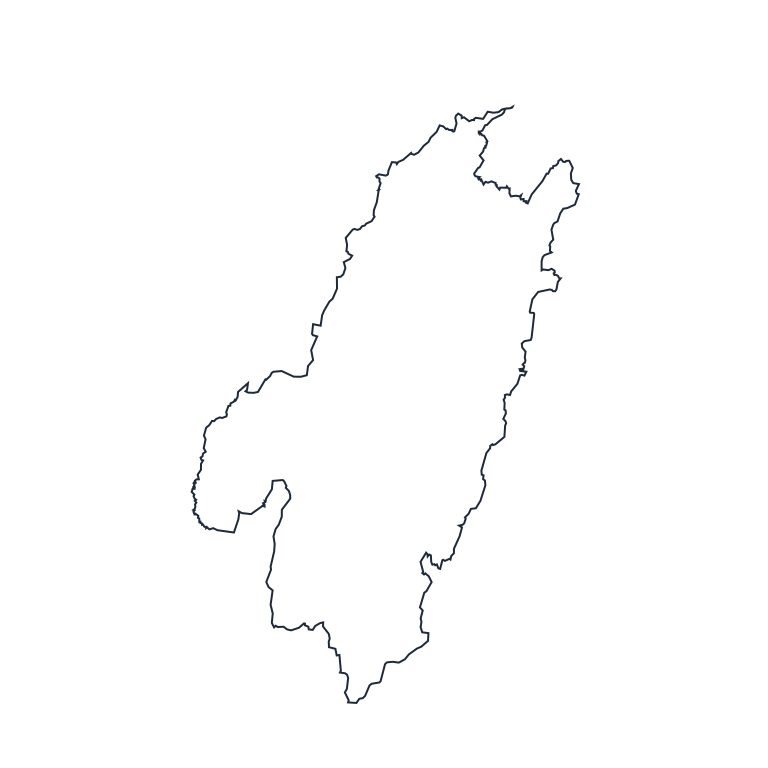 outline of Macroom Lea-6, Cork, Ireland, rotated 294°
{"feature_id": "5873133B25756375031462", "entity_name": "Macroom Lea-6", "entity_type": "district", "adm_level": 2, "iso_a3": "IRL", "parent_name": "Ireland", "parent_adm1": "Cork", "projection": "robinson", "projection_center": [-8.909, 51.94], "detail": "fine", "context": "isolated", "style": "outline", "palette": "slate", "viewbox_px": 768, "rotation_deg": 294, "n_neighbors": 0, "source": "geoboundaries", "source_scale": "gbopen_adm2", "svg_char_len": 6158}
<svg xmlns="http://www.w3.org/2000/svg" viewBox="0 0 768 768"><g transform="rotate(294 384 384)"><path d="M207.2,252.2L205.8,255.8L204.1,255.6L202.2,257.7L201.8,259.5L200.3,258.7L199.3,260.8L197.2,260.3L195.2,261.6L192.9,261.9L191.4,261.0L191.4,262.3L189.9,261.9L188.6,263.0L188.8,264.1L187.9,264.2L188.6,265.7L188.0,268.0L186.1,268.4L186.0,269.9L182.9,271.4L183.5,272.3L182.4,272.7L182.6,274.3L181.4,275.0L182.0,275.7L180.5,278.0L181.3,279.9L180.1,280.2L181.0,280.8L180.2,283.5L182.8,286.6L182.7,291.3L187.3,307.3L201.1,306.0L207.0,304.3L208.6,303.0L208.3,306.8L211.1,315.5L223.4,322.7L223.5,324.7L224.7,324.1L224.4,322.9L225.5,323.3L226.0,322.1L227.7,323.5L228.7,322.6L228.8,323.5L231.6,322.9L242.2,324.4L250.2,321.7L255.1,330.6L254.4,332.5L251.1,336.4L249.2,336.5L247.6,340.6L244.6,343.3L241.1,345.0L227.6,341.8L221.2,344.6L212.8,345.1L207.4,344.0L199.9,345.0L193.4,349.2L186.2,351.8L171.0,354.7L168.5,356.3L155.2,357.0L151.5,361.2L150.2,366.2L136.2,370.2L129.1,375.7L120.1,378.7L117.0,382.6L119.1,383.4L118.8,385.8L121.4,391.0L120.4,395.3L121.2,399.4L126.8,405.5L132.8,408.3L132.9,409.3L131.4,409.9L131.5,413.6L129.2,415.1L130.4,418.9L135.0,419.6L139.6,422.9L141.5,425.4L137.7,426.9L133.2,435.3L129.2,438.0L126.2,438.3L121.2,440.8L122.3,447.3L116.8,451.2L118.3,453.5L104.5,461.2L102.5,461.1L103.9,466.2L103.4,468.5L100.9,470.8L90.4,474.1L86.3,473.7L80.7,480.4L78.5,480.7L81.4,488.5L86.4,489.5L88.4,492.4L91.4,493.6L102.8,493.4L105.1,494.6L109.5,501.2L110.9,501.8L128.5,498.9L130.9,499.9L133.7,504.8L135.5,510.8L136.8,511.9L141.1,515.1L147.1,516.7L155.7,521.7L159.2,524.9L167.3,528.7L174.5,525.9L172.7,519.9L176.8,516.3L181.9,515.0L184.8,512.8L192.8,511.5L194.5,507.7L209.8,505.7L211.9,507.0L222.4,508.1L226.6,503.0L227.8,498.7L226.3,498.0L226.9,495.9L228.3,496.2L236.4,489.7L247.0,491.1L246.1,493.0L244.3,494.0L246.5,494.6L246.5,496.5L240.7,499.5L238.6,501.7L239.9,503.3L239.2,504.6L240.7,505.7L237.7,508.7L237.9,510.5L246.7,509.0L247.5,509.6L247.2,511.6L251.0,515.0L250.7,516.1L254.2,515.4L257.8,516.7L262.0,514.9L275.5,515.0L284.7,513.6L285.2,510.2L287.4,513.1L289.3,513.9L294.3,513.4L295.0,512.2L299.8,514.1L305.3,514.2L307.9,518.5L316.6,519.6L332.8,517.8L336.9,515.4L337.4,513.2L341.1,512.1L340.9,510.2L344.5,508.2L362.6,505.6L368.5,507.1L370.7,506.2L373.1,507.6L372.6,508.5L374.2,510.3L384.7,515.5L395.2,511.6L398.0,511.5L399.6,509.9L400.6,507.2L406.6,507.3L409.3,505.9L409.6,504.3L415.8,501.9L418.3,499.7L420.6,500.1L423.1,498.9L424.6,500.6L425.2,503.6L428.9,503.2L438.4,505.8L447.2,504.9L448.4,506.2L448.8,508.9L453.1,509.0L451.3,503.1L452.7,501.8L453.9,503.7L452.8,504.3L453.7,505.4L457.3,504.9L458.1,502.8L460.6,503.6L459.9,504.1L463.1,503.6L465.5,501.8L471.1,500.2L473.5,495.5L477.0,493.4L480.3,494.9L483.8,500.1L486.3,500.0L509.0,492.8L509.8,491.9L508.6,488.5L509.4,487.7L521.7,485.1L530.8,487.4L537.8,497.0L538.2,499.2L537.5,500.5L538.3,502.6L540.5,503.1L547.9,501.3L552.3,502.4L551.8,501.2L553.6,498.8L553.7,496.7L552.9,495.3L554.1,494.0L555.5,494.6L556.9,493.7L557.4,490.2L554.9,488.0L553.4,482.9L551.9,481.8L560.1,478.1L564.5,477.4L567.0,478.2L572.4,483.7L573.0,481.5L577.3,479.9L577.8,478.8L581.0,478.6L584.7,479.9L593.1,474.2L598.0,473.8L600.0,474.0L603.1,476.4L611.6,475.6L617.1,476.5L619.3,479.9L625.6,485.5L636.6,484.7L636.3,482.7L638.4,480.7L645.9,480.8L644.5,475.2L646.7,472.0L652.3,469.1L658.1,468.6L663.3,462.4L661.9,459.7L660.4,459.1L659.9,457.3L661.5,454.1L658.5,452.6L656.6,453.2L653.6,452.3L652.0,450.0L649.9,450.5L648.7,448.6L642.8,448.4L642.3,447.0L633.7,446.2L617.2,441.8L607.4,441.8L607.4,439.8L608.9,439.6L607.8,437.2L609.8,436.3L608.3,434.0L609.7,432.7L612.3,432.5L610.6,431.6L609.5,427.6L607.0,423.7L609.2,421.0L613.7,419.3L613.1,418.3L614.6,415.8L612.9,415.7L610.7,410.3L608.6,410.4L610.4,406.3L611.5,406.2L611.5,404.9L613.0,404.3L612.8,399.7L610.2,397.1L610.0,394.5L606.7,393.8L610.3,389.8L609.3,389.4L610.5,387.8L609.5,387.2L610.3,386.3L611.9,387.1L611.0,383.1L611.8,381.6L613.0,380.8L619.7,382.1L620.7,383.2L628.8,384.0L631.6,378.5L636.7,380.0L640.0,379.4L641.3,380.6L642.4,379.6L643.3,380.4L646.2,380.0L646.6,379.2L647.8,379.7L651.5,374.4L651.1,372.4L652.0,371.3L651.1,370.3L652.1,369.8L651.5,368.7L653.2,367.9L653.6,369.2L655.6,370.8L661.6,371.2L662.5,372.7L670.0,375.3L678.0,382.1L681.0,383.1L684.7,382.7L687.2,387.1L688.7,388.7L689.5,388.7L687.3,387.2L685.7,384.0L683.1,380.4L678.9,377.9L676.4,373.8L674.9,368.0L666.5,366.7L664.5,359.6L662.8,358.5L661.7,358.9L661.0,357.0L658.7,355.0L660.2,348.5L658.5,346.9L660.8,345.7L661.2,341.8L658.2,340.6L656.0,341.0L651.5,344.3L643.5,345.4L642.8,344.6L643.1,342.8L643.8,342.8L642.6,340.3L643.0,337.9L642.1,337.1L643.4,333.4L642.9,329.7L635.6,329.5L628.0,326.4L623.3,326.2L618.0,323.5L609.4,321.2L605.7,318.3L605.4,315.5L606.1,314.8L596.6,310.3L592.6,306.7L590.1,306.3L591.3,304.8L589.9,301.0L580.7,301.3L577.0,302.3L575.1,300.9L573.5,294.1L570.7,292.3L569.8,293.4L570.3,295.1L569.7,296.4L567.2,297.5L566.1,299.2L560.0,299.8L559.8,300.6L558.4,299.8L558.4,300.5L547.0,303.5L538.7,304.1L533.9,305.9L533.1,307.3L527.7,306.4L523.2,302.5L521.0,302.0L519.2,299.8L515.9,299.0L514.0,297.1L513.6,293.9L512.3,292.6L501.9,289.6L496.1,293.7L489.9,295.7L490.0,297.1L488.5,298.6L488.3,302.7L484.5,302.1L479.0,297.7L474.2,301.6L467.6,302.2L464.4,300.8L462.4,297.5L452.0,302.3L441.0,302.4L437.0,300.6L427.2,299.5L421.7,299.5L411.5,302.4L409.8,294.9L400.5,297.9L399.7,299.2L400.3,303.6L385.3,303.7L377.0,309.5L369.6,307.3L360.6,309.9L356.8,305.1L354.0,298.6L354.2,285.2L350.2,278.0L348.5,276.9L344.9,276.7L339.9,274.6L340.0,273.8L325.5,272.1L323.0,268.7L320.9,263.5L321.0,260.5L322.9,261.3L329.4,259.4L317.4,253.9L312.8,255.5L308.5,255.2L308.9,254.2L306.7,254.0L303.9,251.7L301.6,252.4L300.7,250.8L294.0,251.3L292.4,252.8L290.3,253.2L287.1,249.9L286.7,247.6L283.8,244.9L281.0,243.9L280.3,241.9L275.3,241.1L271.8,239.3L263.6,240.5L260.9,243.5L252.1,245.4L249.6,248.7L246.9,247.0L244.0,247.6L242.2,246.4L240.4,248.1L240.6,249.8L236.6,249.3L231.1,251.7L225.5,250.6L221.6,253.6L220.6,251.5L218.7,250.6L217.2,252.2L216.6,251.5L217.6,250.7L215.8,250.4L214.8,252.0L212.3,251.6L211.8,252.2L212.5,253.2L211.2,253.6L210.4,251.8L207.2,252.2Z" fill="none" stroke="#1e293b" stroke-width="2"/></g></svg>